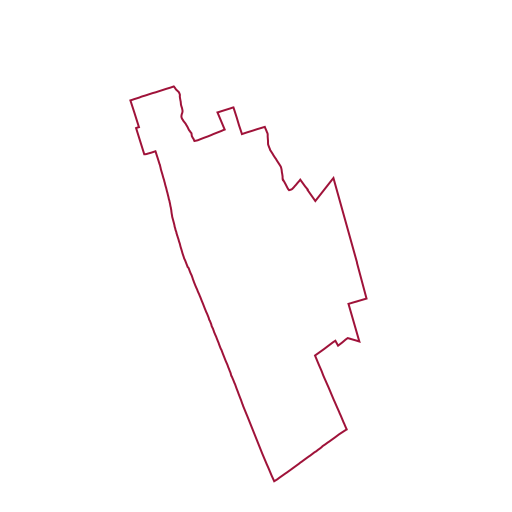 Studina, Olt, Romania (orthographic projection), rotated 57°
{"feature_id": "2599482B4417502525684", "entity_name": "Studina", "entity_type": "district", "adm_level": 2, "iso_a3": "ROU", "parent_name": "Romania", "parent_adm1": "Olt", "projection": "orthographic", "projection_center": [24.422, 43.965], "detail": "fine", "context": "isolated", "style": "outline", "palette": "rose", "viewbox_px": 512, "rotation_deg": 57, "n_neighbors": 0, "source": "geoboundaries", "source_scale": "gbopen_adm2", "svg_char_len": 6103}
<svg xmlns="http://www.w3.org/2000/svg" viewBox="0 0 512 512"><g transform="rotate(57 256 256)"><path d="M425.3,358.4L436.5,360.4L439.8,360.9L443.2,361.5L448.7,362.5L452.8,363.1L454.8,363.4L454.9,359.8L454.7,357.4L454.4,349.7L454.4,348.2L453.6,332.8L453.5,332.2L453.4,331.3L453.4,330.6L453.4,329.6L453.3,328.7L453.3,328.4L453.2,326.7L453.1,324.9L453.0,323.0L452.9,320.9L452.9,320.1L452.9,319.1L452.8,318.0L452.7,316.6L452.5,314.3L452.5,313.1L452.6,312.1L452.3,309.1L452.3,308.1L452.2,306.5L452.0,304.8L451.8,304.2L451.7,303.4L451.7,303.0L451.7,300.6L451.5,297.4L451.5,296.5L451.5,296.1L451.5,295.4L451.4,293.8L451.3,291.5L451.2,289.2L451.1,287.6L450.8,283.4L450.8,279.7L450.8,277.3L450.8,275.3L450.9,274.4L450.6,274.3L450.4,274.3L449.6,274.2L447.1,273.8L444.4,273.3L443.4,273.2L436.3,271.9L433.0,271.4L432.1,271.2L427.0,270.4L421.0,269.4L419.5,269.2L412.8,268.0L409.0,267.3L405.6,266.7L402.4,266.2L398.7,265.6L396.1,265.2L392.6,264.6L389.0,263.8L388.0,263.6L385.6,263.2L381.9,262.6L378.0,261.9L375.4,261.4L371.6,260.7L371.3,253.8L371.1,249.5L370.8,245.5L370.6,242.7L370.3,238.6L370.3,235.6L375.9,236.0L375.7,233.4L375.5,230.8L374.9,226.3L374.8,223.8L381.0,218.4L384.0,215.9L376.4,213.6L376.1,213.5L346.5,204.5L351.9,186.5L316.9,175.1L316.4,174.8L232.8,148.6L233.6,151.1L242.2,176.3L228.6,176.8L228.4,176.4L224.5,176.9L216.1,177.3L216.5,178.4L216.9,179.8L217.4,181.6L218.0,183.4L218.3,184.5L218.5,185.4L219.0,186.9L219.2,187.9L219.5,189.0L219.5,189.7L219.4,190.4L219.2,191.2L219.0,191.7L218.8,192.4L218.3,192.5L217.3,192.6L215.8,192.5L212.0,192.1L209.3,191.9L207.4,191.8L206.8,191.7L206.8,192.0L206.3,191.9L205.2,191.3L204.4,190.8L203.6,190.3L202.7,189.9L201.4,189.3L199.9,188.7L199.3,188.4L197.7,187.6L196.4,187.1L195.5,186.8L194.9,186.6L194.4,186.6L193.7,186.5L192.0,186.5L190.1,186.5L188.6,186.5L187.3,186.5L185.4,186.4L183.9,186.5L182.4,186.5L180.8,186.5L179.5,186.4L177.9,186.4L174.8,186.4L173.4,186.0L172.1,185.8L169.5,185.2L168.8,185.0L168.2,184.6L167.5,184.2L166.1,183.3L165.0,182.7L162.1,181.1L160.6,180.1L159.8,179.7L159.1,179.5L157.7,179.3L156.4,179.0L153.9,178.6L152.5,178.3L150.7,184.5L150.3,185.8L149.1,190.4L147.4,196.3L146.1,201.4L145.8,201.3L141.6,200.2L137.3,199.1L129.5,196.8L122.9,195.0L121.8,194.7L119.1,194.0L118.8,194.8L118.2,197.3L117.6,199.4L116.7,202.6L116.0,205.1L115.0,208.8L114.6,210.1L132.9,213.4L132.7,214.4L132.5,215.2L132.4,215.8L132.4,216.3L132.2,217.3L132.1,217.8L131.4,221.1L131.0,223.1L130.5,225.5L130.2,227.6L129.5,231.2L128.5,235.4L127.7,239.3L127.3,241.5L127.0,242.5L126.0,245.0L124.6,244.8L123.6,244.6L122.5,244.7L121.5,244.6L120.5,244.5L119.4,244.0L118.6,243.6L118.0,243.3L117.4,243.3L116.4,243.5L116.0,243.4L115.4,243.4L115.1,243.5L114.1,243.6L113.0,243.5L112.2,243.4L110.9,243.2L109.1,243.1L108.1,243.1L107.0,243.0L106.4,243.0L105.4,243.1L104.3,243.2L103.4,243.3L102.6,243.3L101.7,243.2L101.0,243.3L100.2,243.2L99.3,243.0L98.4,242.6L97.5,241.9L96.9,241.3L96.3,240.6L95.8,239.9L95.2,239.3L94.5,238.7L93.5,238.2L92.4,237.8L91.7,237.5L90.9,237.3L89.1,236.8L88.0,236.4L87.1,235.9L86.3,235.5L85.8,235.2L84.5,234.7L83.3,234.2L82.6,233.9L81.9,233.6L81.1,233.2L80.5,232.9L79.9,232.4L79.4,232.1L79.0,231.9L77.5,231.6L76.3,231.5L75.2,231.8L73.9,232.1L73.2,232.3L72.6,232.4L71.9,232.4L71.1,232.4L70.2,232.5L69.4,232.5L69.0,232.6L68.2,236.0L67.0,240.0L65.9,244.1L64.7,248.6L64.6,249.0L64.1,250.9L63.1,253.9L61.9,258.4L61.6,259.7L61.5,260.0L61.1,261.5L60.7,262.8L60.2,264.4L59.8,266.1L59.6,267.4L58.8,270.3L58.1,272.7L57.6,274.8L57.1,276.6L69.8,280.0L84.2,284.0L84.0,284.6L83.7,285.4L83.6,286.0L83.4,286.9L109.8,294.3L110.1,293.8L110.5,293.2L110.7,292.6L111.0,291.9L111.1,291.3L111.3,290.7L111.8,289.1L112.4,287.2L113.0,284.8L113.4,283.3L114.3,283.5L117.9,284.5L120.2,285.1L121.6,285.5L122.7,285.8L123.4,286.0L124.8,286.4L126.6,286.9L127.4,287.0L128.1,287.3L128.9,287.6L129.8,287.9L131.6,288.6L134.3,289.4L136.7,290.1L139.5,291.0L140.9,291.4L142.1,291.7L143.7,292.3L144.8,292.6L146.1,293.1L148.6,293.9L149.7,294.2L150.3,294.4L152.0,295.0L153.1,295.4L153.7,295.6L154.5,295.8L155.6,296.2L157.3,296.8L158.8,297.3L160.8,298.1L161.9,298.4L162.7,298.6L163.8,299.1L164.8,299.4L166.4,300.1L167.1,300.4L168.1,300.8L168.8,301.0L169.3,301.2L170.1,301.6L170.9,301.9L171.5,302.1L171.9,302.4L172.8,302.8L173.6,303.2L174.7,303.7L176.4,304.4L177.4,304.9L178.0,305.1L179.9,305.7L183.9,307.0L185.3,307.5L185.9,307.7L186.7,308.1L187.6,308.4L188.7,308.7L189.6,309.0L190.2,309.3L190.9,309.4L191.6,309.6L192.5,309.8L193.3,310.1L193.6,310.3L194.1,310.4L194.6,310.5L195.2,310.7L195.7,310.9L196.0,310.9L197.7,311.4L198.9,311.7L200.0,312.0L201.8,312.6L204.2,313.2L207.0,314.2L209.5,314.9L211.9,315.6L213.4,316.1L215.7,316.7L217.7,317.2L219.0,317.6L220.2,317.7L221.4,317.9L223.8,318.4L224.6,318.6L225.3,318.7L225.7,318.8L226.6,319.0L227.2,319.1L227.7,319.3L228.1,319.3L228.3,319.2L229.0,319.1L229.4,319.1L230.0,319.2L232.6,319.8L234.5,320.2L235.4,320.3L235.9,320.4L237.0,320.5L237.9,320.7L238.7,320.9L239.9,321.2L240.3,321.3L240.9,321.5L241.6,321.7L242.5,321.8L243.1,322.0L244.9,322.4L246.0,322.6L247.4,322.9L250.3,323.4L251.9,323.6L253.6,324.0L255.4,324.3L257.0,324.5L258.4,324.8L260.7,325.2L262.6,325.6L264.0,325.9L266.8,326.4L268.7,326.8L270.6,327.2L272.0,327.5L274.1,327.9L275.6,328.2L277.1,328.4L278.4,328.6L279.3,328.8L279.9,328.9L281.3,329.2L281.9,329.3L283.8,329.9L284.7,330.0L285.4,330.0L286.2,330.2L287.3,330.4L288.3,330.6L289.1,330.8L289.9,331.1L290.8,331.4L292.7,331.6L293.6,331.7L294.7,332.0L295.7,332.2L296.4,332.4L297.1,332.6L297.8,332.7L298.9,332.9L300.6,333.2L301.6,333.3L304.3,333.9L305.4,334.1L306.3,334.3L307.4,334.5L308.6,334.7L309.6,335.0L310.5,335.2L313.8,335.9L315.1,336.1L315.8,336.1L320.3,337.1L323.8,337.8L326.2,338.3L327.7,338.6L330.3,339.0L331.5,339.2L332.8,339.5L334.4,339.9L335.7,340.1L337.9,340.6L339.0,340.8L339.7,340.9L340.7,341.2L341.2,341.3L341.7,341.6L342.5,341.8L343.2,342.0L343.7,342.0L343.8,341.9L344.3,342.0L345.9,342.3L348.2,342.7L350.6,343.2L352.1,343.4L356.7,344.5L360.6,345.3L361.3,345.5L366.5,346.6L367.0,346.7L368.6,347.0L372.6,348.0L373.9,348.2L374.3,348.4L383.8,350.2L386.0,350.6L425.3,358.4Z" fill="none" stroke="#9f1239" stroke-width="2"/></g></svg>